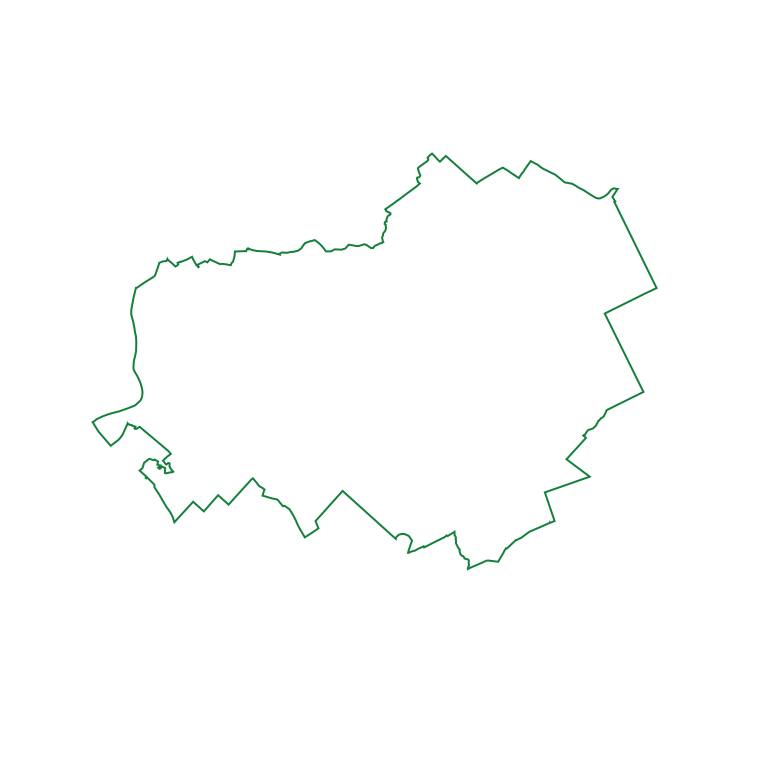 Salas pag., Salas, Latvia (Albers equal-area conic projection), rotated 252°
{"feature_id": "27541924B32123445019652", "entity_name": "Salas pag.", "entity_type": "district", "adm_level": 2, "iso_a3": "LVA", "parent_name": "Latvia", "parent_adm1": "Salas", "projection": "albers", "projection_center": [25.738, 56.452], "detail": "fine", "context": "isolated", "style": "outline", "palette": "green", "viewbox_px": 768, "rotation_deg": 252, "n_neighbors": 0, "source": "geoboundaries", "source_scale": "gbopen_adm2", "svg_char_len": 6029}
<svg xmlns="http://www.w3.org/2000/svg" viewBox="0 0 768 768"><g transform="rotate(252 384 384)"><path d="M437.8,95.1L426.9,97.8L409.7,105.0L412.9,114.2L414.8,117.3L416.9,120.0L425.6,127.9L424.5,127.9L424.6,129.0L424.0,129.4L423.6,129.9L422.9,131.4L422.5,131.7L421.9,131.8L421.9,132.0L420.2,134.4L418.9,133.0L418.1,133.6L417.9,135.1L418.8,138.3L417.4,139.3L412.0,142.5L410.4,143.6L386.9,158.2L383.4,159.6L382.0,155.7L380.5,152.2L379.9,151.0L379.3,150.1L378.8,150.5L376.3,151.2L374.7,152.0L375.5,154.2L375.2,155.2L375.0,155.4L374.3,155.5L372.3,154.6L372.0,154.6L370.9,154.7L370.9,154.8L369.2,154.9L365.7,156.5L365.6,156.2L365.6,155.4L365.7,154.5L365.9,154.0L366.3,150.4L366.2,149.8L366.7,148.5L366.9,148.2L367.5,148.2L371.5,149.8L371.8,149.9L373.9,147.5L373.8,147.0L373.2,146.2L373.1,145.9L372.7,144.6L372.7,144.3L372.8,144.2L374.2,143.3L374.9,145.0L375.6,146.2L375.9,145.6L377.3,143.5L380.1,145.2L383.1,142.4L382.7,141.5L385.4,137.6L383.2,131.5L378.6,128.3L377.2,124.8L369.3,129.4L368.8,128.6L368.4,128.3L367.8,128.7L367.7,128.8L367.9,129.3L368.2,129.9L359.3,134.5L356.7,133.8L348.6,136.0L339.3,138.0L333.3,139.4L328.5,141.0L322.7,142.0L317.3,141.9L331.0,166.1L318.5,173.3L329.5,191.9L317.3,198.9L334.1,228.2L334.8,230.2L329.5,232.3L326.8,233.2L325.2,234.0L324.5,234.5L322.8,236.2L320.5,237.8L317.8,235.6L316.4,234.8L315.4,234.0L310.3,241.3L307.0,247.0L299.0,250.1L298.9,251.8L295.2,254.6L293.8,255.5L287.8,257.0L281.5,258.0L277.8,258.3L273.5,258.9L262.6,261.3L264.8,269.6L267.0,277.1L274.8,276.5L279.3,284.4L282.2,289.3L295.1,311.6L233.1,347.3L234.0,347.7L234.3,348.0L236.0,351.2L236.0,351.3L236.0,352.4L235.9,354.7L235.2,356.5L234.8,357.4L231.9,360.6L231.6,360.7L226.4,362.3L226.3,362.2L218.2,356.1L216.0,354.8L215.8,355.6L215.8,355.9L216.1,357.2L216.2,358.6L216.0,362.5L216.7,365.3L217.0,368.6L217.4,371.6L216.2,371.7L218.3,385.0L219.7,394.8L220.6,396.7L219.7,397.5L221.6,405.4L218.3,404.4L217.0,404.9L214.8,404.7L214.1,404.0L212.8,404.2L210.2,403.2L205.6,403.9L203.2,404.8L203.1,404.6L201.5,404.2L198.4,404.1L197.0,404.8L196.4,405.2L195.4,406.4L193.8,406.6L193.1,406.8L192.0,408.3L191.4,409.5L190.1,410.2L188.1,409.4L185.4,408.8L182.7,406.7L182.1,406.6L182.6,409.5L183.5,419.6L184.3,426.8L184.0,428.0L184.0,428.3L179.7,437.6L186.1,444.9L188.7,447.5L189.1,447.9L189.5,449.2L190.0,449.3L189.7,450.4L194.5,460.4L194.8,461.3L194.6,461.4L195.4,467.2L198.2,475.5L198.5,476.5L199.5,486.6L199.6,487.7L199.6,487.8L200.7,498.7L200.8,499.0L201.0,499.1L200.6,499.3L201.0,503.9L231.2,503.5L231.9,535.1L232.3,551.0L256.0,534.3L270.3,559.4L273.4,557.6L273.8,558.7L273.6,559.4L274.5,560.5L276.6,562.9L276.6,563.0L277.2,564.4L277.0,565.9L277.1,566.0L277.1,568.7L277.3,569.1L277.4,569.9L278.4,571.5L278.7,572.5L282.6,576.5L282.8,576.7L282.8,577.2L283.0,577.8L283.5,578.3L284.4,579.8L284.3,580.3L285.2,582.9L285.3,582.9L288.7,586.4L289.2,586.7L290.3,587.7L291.4,594.9L296.3,628.3L382.8,615.7L389.3,659.7L391.0,672.9L477.8,660.5L478.2,660.5L486.1,659.3L486.2,660.4L491.3,659.0L494.9,663.5L497.3,666.5L497.5,665.7L498.3,664.4L498.9,663.3L499.0,662.7L498.9,661.4L498.6,660.3L498.4,659.8L495.8,655.8L495.5,655.0L494.3,651.4L494.1,650.2L494.0,648.8L493.9,647.3L493.9,646.8L493.8,646.7L494.2,645.3L494.5,644.7L495.4,643.2L497.4,641.3L502.1,637.4L506.7,633.7L510.6,629.8L514.2,626.8L516.6,624.5L516.5,624.4L520.1,617.9L525.3,614.8L530.1,611.6L539.7,601.7L542.7,599.4L544.7,598.2L550.7,592.4L545.0,584.7L542.9,582.3L541.1,579.4L538.1,575.9L544.6,570.8L548.8,567.6L553.1,563.8L552.1,558.2L548.4,541.9L546.8,535.5L546.0,534.2L558.4,526.9L581.8,513.3L578.9,507.4L578.1,505.9L581.4,504.1L583.9,503.1L588.3,500.9L587.4,498.3L585.6,495.3L584.8,495.6L584.1,495.6L583.4,495.2L583.0,494.7L582.8,494.5L580.2,486.5L579.8,485.2L579.1,483.4L578.9,483.2L578.2,482.9L576.5,482.7L573.9,482.7L572.5,482.9L571.3,483.0L570.9,482.8L570.3,482.3L570.1,481.9L569.7,480.9L569.9,480.4L570.0,479.8L570.0,479.3L569.0,478.8L565.8,478.7L563.6,480.1L561.8,475.9L561.3,474.5L558.8,466.9L555.0,455.8L554.0,452.4L552.7,448.8L549.9,439.5L549.8,439.3L549.2,439.8L548.5,439.4L547.6,439.6L546.6,440.8L545.7,441.3L545.6,442.0L545.4,442.2L544.8,442.6L544.1,442.9L543.8,442.9L543.4,442.5L543.1,442.1L543.0,441.3L542.4,439.3L542.2,439.1L539.1,436.8L537.8,436.8L537.6,434.8L536.0,434.1L534.9,434.9L534.1,434.5L531.5,434.0L529.5,432.7L527.4,429.7L525.6,428.9L524.0,427.5L520.2,427.0L519.3,427.1L519.4,426.6L518.7,425.9L518.7,425.4L518.8,424.8L519.0,423.6L518.8,423.0L518.6,421.4L518.3,419.2L518.3,418.2L516.7,415.6L517.4,413.6L520.6,411.1L521.8,410.3L523.0,408.3L523.0,403.3L523.5,400.8L525.6,397.0L526.8,394.7L527.3,393.4L524.8,389.0L524.9,385.0L526.8,380.1L527.3,378.5L526.5,374.7L528.1,369.7L530.3,369.1L534.7,367.4L538.6,365.3L542.4,362.5L542.2,361.7L542.6,357.5L542.4,352.5L541.6,351.2L538.5,347.1L537.9,345.2L537.3,343.1L537.6,340.4L537.7,338.4L537.7,338.2L538.2,337.5L538.8,332.1L540.6,327.8L540.2,325.0L539.2,324.9L541.9,321.0L543.3,318.8L544.7,316.2L546.3,313.1L549.9,303.9L552.3,299.8L553.7,298.1L554.9,296.8L554.1,296.3L554.7,295.6L553.5,294.3L552.9,293.9L553.7,291.5L556.1,283.2L551.8,281.4L546.7,278.0L546.3,276.5L544.3,275.0L546.4,271.2L548.2,267.5L548.7,265.1L554.2,259.1L556.4,257.0L554.3,253.6L556.2,251.6L555.9,250.0L555.3,245.4L554.9,243.3L552.7,244.0L552.5,243.5L554.6,242.7L554.9,242.4L560.8,241.1L564.3,240.8L563.3,235.3L563.2,233.8L562.9,227.9L563.2,227.9L563.0,225.1L561.2,225.2L560.9,224.6L560.2,221.9L564.4,219.7L568.7,216.9L569.9,216.7L568.2,215.1L568.9,211.4L568.7,207.8L563.7,204.2L558.1,199.9L557.4,198.8L556.7,196.3L554.5,187.4L551.9,178.7L552.1,177.8L547.1,174.7L542.8,172.1L532.3,166.4L528.1,165.1L524.9,164.9L520.6,164.7L514.8,164.0L510.2,163.2L505.8,162.8L500.4,161.4L491.9,158.4L488.5,156.5L482.8,153.0L476.8,150.7L475.1,150.4L473.6,150.6L470.8,151.1L468.0,151.8L464.2,152.3L460.2,152.7L457.2,152.6L454.1,152.4L450.8,151.8L447.9,150.6L445.8,149.4L443.5,147.2L440.6,140.8L440.3,137.5L440.1,134.0L440.0,130.7L439.8,123.7L440.3,116.7L440.4,113.0L440.2,107.0L439.8,103.7L439.3,99.7L438.5,98.0L437.8,95.1Z" fill="none" stroke="#15803d" stroke-width="2"/></g></svg>